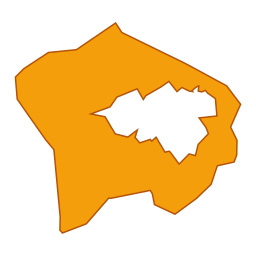 outline of Roanoke, Virginia, United States of America
{"feature_id": "52423323B87249104839261", "entity_name": "Roanoke", "entity_type": "district", "adm_level": 2, "iso_a3": "USA", "parent_name": "United States of America", "parent_adm1": "Virginia", "projection": "albers", "projection_center": [-80.006, 37.266], "detail": "fine", "context": "isolated", "style": "filled", "palette": "amber", "viewbox_px": 256, "rotation_deg": 0, "n_neighbors": 0, "source": "geoboundaries", "source_scale": "gbopen_adm2", "svg_char_len": 999}
<svg xmlns="http://www.w3.org/2000/svg" viewBox="0 0 256 256"><path d="M15.4,77.1L17.2,99.1L27.7,114.2L45.7,139.8L53.9,149.6L60.2,216.9L59.9,230.1L62.4,233.0L86.3,223.8L108.7,198.1L110.9,198.3L150.2,190.4L152.3,193.7L154.5,204.6L175.0,214.2L196.5,198.4L211.1,184.3L217.3,165.8L234.1,162.0L236.7,155.0L237.0,140.3L230.6,127.1L240.6,104.3L236.4,98.8L226.6,85.8L215.1,79.6L192.8,67.5L184.1,62.9L121.8,32.5L115.6,23.0L76.4,49.7L48.4,52.5L23.8,68.7L15.4,77.1ZM143.3,99.5L145.8,95.7L161.0,86.9L168.9,81.4L177.0,91.6L181.9,87.5L189.0,91.0L192.8,91.6L192.2,90.4L196.5,86.9L198.8,86.0L198.2,91.1L201.8,91.9L205.5,90.4L207.5,93.0L215.4,98.6L216.9,116.0L199.1,117.9L206.0,127.5L208.4,133.7L198.2,144.4L195.4,155.6L189.2,153.9L179.1,164.1L170.4,152.3L169.0,151.2L165.0,152.2L156.1,137.2L151.7,141.1L150.3,139.4L139.7,142.9L135.1,137.4L137.3,130.0L127.8,137.1L115.3,133.9L111.6,127.9L105.1,116.8L90.9,113.9L110.2,106.8L116.9,97.1L137.2,88.8L143.3,99.5Z" fill="#f59e0b" stroke="#b45309" stroke-width="1.5"/></svg>